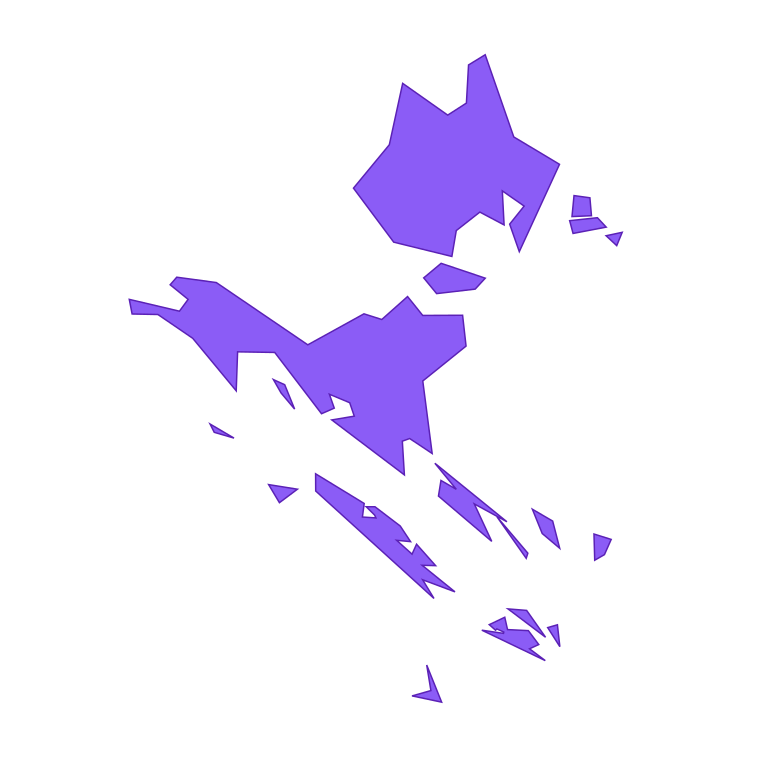 Lingga, Kepulauan Riau, Indonesia (orthographic projection), rotated 176°
{"feature_id": "22746128B41866695352092", "entity_name": "Lingga", "entity_type": "district", "adm_level": 2, "iso_a3": "IDN", "parent_name": "Indonesia", "parent_adm1": "Kepulauan Riau", "projection": "orthographic", "projection_center": [104.45, -0.394], "detail": "medium", "context": "isolated", "style": "filled", "palette": "violet", "viewbox_px": 768, "rotation_deg": 176, "n_neighbors": 0, "source": "geoboundaries", "source_scale": "gbopen_adm2", "svg_char_len": 1983}
<svg xmlns="http://www.w3.org/2000/svg" viewBox="0 0 768 768"><g transform="rotate(176 384 384)"><path d="M438.6,351.8L370.0,291.9L369.7,325.7L362.2,327.8L340.8,311.3L345.1,384.3L299.5,416.1L300.8,447.1L340.6,449.7L354.4,469.6L381.7,448.5L399.1,455.4L457.3,428.4L544.2,496.9L583.3,505.0L590.4,497.9L573.5,482.1L583.0,470.9L632.2,486.2L630.4,471.4L604.7,469.1L571.6,442.9L531.9,387.5L527.8,426.3L490.8,423.1L448.4,358.7L435.3,363.4L439.2,377.6L419.5,367.7L415.9,354.0L438.6,351.8ZM364.4,524.8L307.4,506.5L301.2,532.0L276.4,548.8L253.1,534.3L252.5,568.4L231.8,551.7L247.5,534.7L239.8,506.6L193.6,590.9L237.3,621.4L260.1,705.4L277.4,696.4L282.2,658.5L301.7,647.8L344.4,682.6L362.0,622.3L400.8,581.5L364.4,524.8ZM459.6,282.0L349.1,166.6L359.1,186.0L327.7,171.7L358.6,200.5L345.2,199.2L362.7,221.9L367.9,212.3L382.3,227.2L368.5,224.9L377.7,241.2L401.6,262.2L410.3,262.8L402.5,253.9L401.4,251.0L414.8,252.8L412.1,266.2L458.5,299.2L459.6,282.0ZM287.5,219.5L302.3,258.1L271.0,238.0L338.8,301.4L319.2,273.9L333.9,283.8L337.5,268.4L287.5,219.5ZM303.6,131.6L242.4,96.8L257.3,109.7L247.8,113.3L257.2,127.9L277.9,130.4L279.8,142.9L295.8,136.6L289.9,130.6L288.5,131.8L281.8,128.2L282.2,126.9L303.6,131.6ZM325.2,470.5L286.4,472.3L275.6,482.5L318.6,500.4L337.0,487.1L325.2,470.5ZM276.0,151.0L240.5,120.1L257.5,148.2L276.0,151.0ZM244.7,248.7L236.6,223.8L220.2,207.9L225.3,235.5L244.7,248.7ZM184.9,521.0L151.4,525.0L159.5,535.0L187.4,534.0L184.9,521.0ZM186.1,193.5L176.0,198.4L168.2,213.1L185.0,219.7L186.1,193.5ZM165.3,537.4L165.6,555.4L181.3,558.7L184.8,537.9L165.3,537.4ZM377.8,70.9L348.7,62.6L361.0,100.7L358.6,74.9L377.8,70.9ZM280.6,243.7L254.3,200.2L252.3,205.2L280.6,243.7ZM506.1,291.7L496.6,272.9L477.7,285.1L506.1,291.7ZM556.7,347.6L537.4,340.5L560.3,356.2L556.7,347.6ZM152.1,516.4L142.2,505.8L135.8,518.7L152.1,516.4ZM237.7,129.6L226.9,109.7L227.8,131.7L237.7,129.6ZM494.0,396.1L487.3,382.2L474.9,365.2L483.1,390.2L494.0,396.1Z" fill="#8b5cf6" stroke="#5b21b6" stroke-width="1.5"/></g></svg>